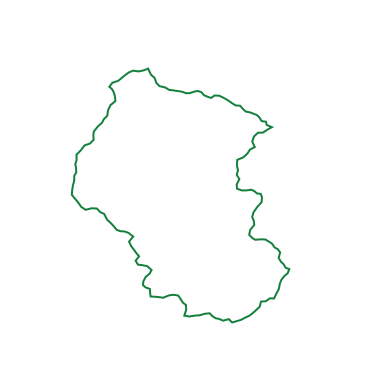 outline of Presidente Bernardes, Minas Gerais, Brazil, rotated 237°
{"feature_id": "56859067B22989959001744", "entity_name": "Presidente Bernardes", "entity_type": "district", "adm_level": 2, "iso_a3": "BRA", "parent_name": "Brazil", "parent_adm1": "Minas Gerais", "projection": "equal_earth", "projection_center": [-43.159, -20.778], "detail": "fine", "context": "isolated", "style": "outline", "palette": "green", "viewbox_px": 384, "rotation_deg": 237, "n_neighbors": 0, "source": "geoboundaries", "source_scale": "gbopen_adm2", "svg_char_len": 2365}
<svg xmlns="http://www.w3.org/2000/svg" viewBox="0 0 384 384"><g transform="rotate(237 192 192)"><path d="M202.9,294.3L207.4,291.2L210.7,292.3L213.5,289.0L218.1,289.1L221.5,288.2L224.3,286.1L227.2,284.0L230.3,280.8L234.2,279.9L238.2,279.3L240.8,275.8L244.8,273.9L248.8,272.3L253.4,270.0L257.9,267.3L260.6,263.6L260.5,259.2L263.2,257.1L266.6,254.8L270.6,254.2L273.5,252.0L275.0,248.4L276.2,243.8L278.3,240.6L281.6,238.2L284.4,235.0L287.2,231.9L290.0,228.5L294.5,226.3L298.5,222.4L303.0,221.5L308.0,222.8L312.7,221.5L316.0,221.9L319.4,222.4L320.2,218.0L322.2,212.9L325.8,208.8L326.7,204.0L326.3,198.0L325.4,190.6L327.0,184.7L325.3,180.0L322.2,180.9L318.9,180.8L314.5,179.6L310.0,177.3L309.2,170.8L306.2,166.1L302.0,162.3L301.1,157.7L299.1,154.3L298.2,148.6L296.2,142.6L293.2,140.1L289.4,138.0L288.2,132.9L289.6,127.4L287.5,121.4L286.2,115.4L281.6,112.6L279.1,109.4L275.2,107.8L271.6,105.7L269.6,102.0L265.5,99.3L262.4,95.7L258.9,92.6L255.1,89.7L249.5,90.3L245.5,90.8L239.9,91.0L235.0,93.1L233.1,98.8L230.0,103.2L225.1,104.1L221.4,106.4L215.2,105.7L209.6,107.1L204.6,107.9L201.4,108.2L198.3,110.4L195.5,114.1L192.1,116.6L186.6,118.4L184.7,112.2L179.6,111.5L174.8,111.9L171.2,112.0L166.9,112.6L165.1,107.3L160.5,107.1L157.8,110.4L154.2,114.1L148.6,115.6L146.6,111.9L146.1,107.1L143.6,102.6L140.8,100.2L137.4,101.0L133.6,103.9L130.0,101.8L126.9,100.4L123.1,105.5L119.0,110.3L117.8,116.6L115.6,120.9L112.6,124.1L108.4,124.1L104.1,124.1L100.5,125.4L96.4,123.0L92.5,118.2L89.2,121.7L86.4,127.8L84.4,131.3L83.0,136.3L80.6,140.8L77.0,141.4L73.4,143.0L70.3,146.0L67.2,147.9L65.3,153.6L60.7,154.6L59.3,159.3L58.1,163.3L57.7,167.9L57.0,172.7L57.5,178.4L58.9,186.2L62.5,190.2L60.2,194.4L60.4,199.4L58.0,202.8L60.3,206.5L63.5,212.2L67.1,215.5L69.7,219.2L71.2,223.5L71.8,228.1L74.4,231.6L77.4,229.3L81.5,229.5L85.3,228.6L89.5,228.8L93.3,233.0L97.3,232.8L100.5,231.1L105.3,230.9L109.2,229.1L112.2,227.7L114.8,224.0L117.5,219.0L120.6,217.5L124.9,216.6L128.5,220.1L130.5,226.3L134.3,228.2L138.2,228.8L141.5,232.6L143.9,238.5L145.6,244.8L149.6,247.9L153.0,248.6L155.4,245.7L158.7,244.8L161.7,242.9L163.5,238.9L166.2,234.6L170.2,231.6L173.9,233.5L177.0,238.7L182.1,238.9L185.2,242.4L189.8,244.1L194.3,247.5L193.1,253.9L194.1,259.5L196.0,263.8L195.5,269.1L201.5,270.0L204.8,274.2L205.8,279.5L203.2,283.8L203.2,289.1L202.9,294.3Z" fill="none" stroke="#15803d" stroke-width="2"/></g></svg>